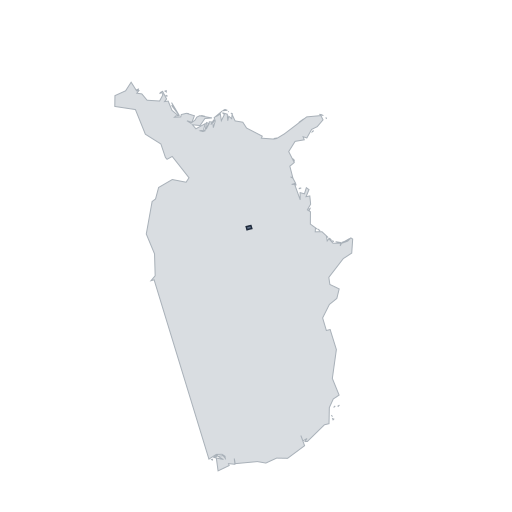 Howell, Missouri, United States of America shown in context, rotated 253°
{"feature_id": "52423323B11820263063705", "entity_name": "Howell", "entity_type": "district", "adm_level": 2, "iso_a3": "USA", "parent_name": "United States of America", "parent_adm1": "Missouri", "projection": "robinson", "projection_center": [-91.877, 36.777], "detail": "fine", "context": "in_parent", "style": "filled", "palette": "slate", "viewbox_px": 512, "rotation_deg": 253, "n_neighbors": 0, "source": "geoboundaries", "source_scale": "gbopen_adm2", "svg_char_len": 4048}
<svg xmlns="http://www.w3.org/2000/svg" viewBox="0 0 512 512"><g transform="rotate(253 256 256)"><path d="M404.8,185.8L431.3,183.5L440.3,164.7L450.6,168.0L452.1,179.6L458.7,187.4L448.8,190.1L448.4,192.3L446.5,189.6L444.4,194.2L436.8,197.4L432.4,209.1L437.3,214.1L440.3,213.5L439.3,211.3L440.3,212.3L440.8,214.8L432.3,216.4L430.4,213.7L429.8,217.3L419.9,218.2L412.8,222.8L413.4,220.2L412.5,218.5L411.0,224.7L413.1,225.9L412.8,231.2L408.1,238.1L402.6,233.8L405.5,229.5L402.0,232.5L403.7,237.3L406.1,240.0L406.6,243.1L400.9,254.3L402.4,247.3L397.1,240.6L400.1,233.6L395.2,235.7L397.4,246.1L392.5,243.0L390.8,243.3L392.2,240.0L392.1,239.1L390.5,241.6L390.6,243.8L398.1,247.8L396.5,249.6L393.1,246.0L391.8,245.4L396.1,249.8L398.0,250.6L397.0,253.2L394.7,251.2L398.4,255.2L397.6,255.7L395.8,253.7L391.2,252.7L397.0,256.5L400.5,256.4L404.5,266.0L401.0,258.6L402.2,263.4L395.5,262.4L400.5,267.1L402.8,265.8L400.0,270.0L393.6,268.5L397.6,270.8L394.4,272.9L398.3,274.5L391.3,275.5L387.8,282.5L381.1,284.4L368.8,297.0L367.1,295.6L362.6,307.2L362.3,310.1L364.5,318.9L374.2,345.2L371.3,359.1L366.6,359.9L361.8,352.4L360.8,346.2L354.0,339.1L356.3,335.9L353.0,336.1L354.2,326.9L346.3,317.8L334.2,319.9L332.0,314.6L320.1,314.1L321.6,312.1L319.5,314.1L314.1,315.1L314.0,311.0L313.1,313.9L296.8,314.7L303.7,316.7L301.3,320.5L306.6,324.1L304.0,326.1L298.1,321.2L297.7,325.0L289.6,323.4L285.1,318.6L282.4,321.0L270.6,317.3L263.7,322.5L265.5,321.1L261.8,319.7L259.9,326.2L252.6,330.4L254.3,329.1L249.6,328.5L251.2,330.7L245.7,333.4L243.5,340.6L241.0,339.5L243.1,341.4L243.4,348.0L245.6,352.0L243.9,353.4L230.8,348.4L228.0,338.7L214.3,319.4L207.2,318.3L200.2,325.9L191.8,320.9L188.2,312.0L177.3,301.6L164.2,301.5L164.0,305.4L143.0,305.5L116.6,293.2L98.7,294.8L96.7,288.1L89.6,281.8L74.3,276.8L74.6,272.1L63.6,250.9L64.2,248.6L66.6,251.4L65.4,246.8L71.2,246.4L60.4,247.0L53.3,227.1L56.7,216.6L55.1,204.9L59.0,197.2L63.5,175.4L68.7,176.0L63.0,174.9L65.5,169.0L63.5,169.1L61.6,156.9L74.4,159.0L70.9,165.4L75.8,160.8L74.7,166.2L71.4,167.5L73.6,167.8L76.3,165.5L77.9,160.0L75.5,151.6L263.0,151.6L263.1,148.4L266.6,153.8L287.7,159.6L309.1,157.5L338.5,172.6L339.9,176.6L350.0,182.9L353.6,198.3L347.0,210.7L350.4,214.8L375.7,205.0L374.5,199.2L376.7,198.2L390.9,197.8L404.8,185.8ZM423.1,220.8L427.4,220.1L412.5,223.8L424.7,219.3L423.1,220.8ZM75.8,156.8L77.0,160.3L76.8,160.8L74.8,158.2L75.8,156.8ZM245.4,350.9L243.7,345.1L243.9,341.8L244.1,345.2L245.4,350.9ZM449.9,190.6L450.0,192.4L449.2,192.0L449.9,190.6ZM285.3,320.3L285.6,321.6L284.3,320.5L285.3,320.3ZM80.0,282.2L81.8,281.5L80.0,282.2ZM78.1,281.7L77.3,282.7L76.8,281.8L78.1,281.7ZM436.2,216.7L435.1,217.8L434.8,217.5L436.2,216.7ZM244.9,338.7L243.9,341.4L246.4,336.3L244.9,338.7ZM371.4,336.5L373.2,341.7L371.0,336.0L371.4,336.5ZM88.8,286.5L89.5,287.9L88.7,286.7L88.8,286.5ZM372.1,359.8L370.6,361.5L373.0,358.0L372.1,359.8ZM405.2,269.2L403.7,271.2L404.7,266.4L405.2,269.2ZM74.4,154.0L74.3,155.0L73.6,154.5L74.4,154.0ZM251.3,331.7L248.7,332.9L251.4,331.3L251.3,331.7ZM440.3,217.2L440.4,218.5L439.1,218.2L440.3,217.2ZM88.5,290.5L89.0,292.2L88.2,290.6L88.5,290.5ZM248.1,333.9L247.0,334.6L247.9,333.5L248.1,333.9ZM406.1,245.3L404.5,248.0L406.3,244.2L406.1,245.3ZM262.9,323.7L261.2,324.7L263.7,322.9L262.9,323.7ZM363.0,308.6L362.7,310.7L362.5,309.2L363.0,308.6ZM399.0,274.9L398.4,275.3L400.0,273.7L399.0,274.9ZM338.5,319.5L336.5,320.6L335.7,320.3L338.5,319.5ZM313.3,314.7L313.0,315.1L311.8,315.0L313.3,314.7ZM358.7,346.4L359.0,347.9L358.3,346.1L358.7,346.4ZM308.1,317.7L307.8,319.1L307.7,316.6L308.1,317.7ZM367.6,363.5L366.5,363.6L368.0,363.2L367.6,363.5ZM412.4,232.1L411.7,233.5L412.6,231.6L412.4,232.1ZM402.4,271.6L401.7,272.1L402.4,271.6Z" fill="#d9dde1" stroke="#a8b0b8" stroke-width="1"/><path d="M283.7,255.1L283.7,257.4L283.5,260.0L283.8,260.0L284.0,260.0L284.4,260.0L284.5,260.0L285.3,260.0L285.8,260.0L286.1,260.0L286.3,260.0L286.6,260.0L286.7,259.1L286.7,258.9L286.7,257.5L286.8,257.5L286.8,256.6L286.9,256.0L286.9,255.2L285.8,255.2L284.5,255.1L283.7,255.1Z" fill="#64748b" stroke="#1e293b" stroke-width="1.5"/></g></svg>